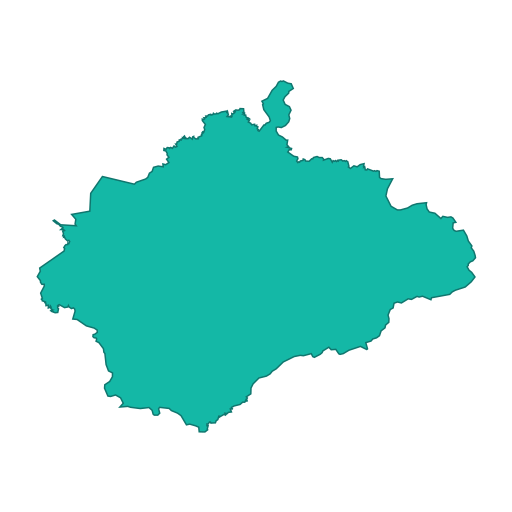 West Akim, Eastern, Ghana (Robinson projection), rotated 268°
{"feature_id": "2480657B57614018833162", "entity_name": "West Akim", "entity_type": "district", "adm_level": 2, "iso_a3": "GHA", "parent_name": "Ghana", "parent_adm1": "Eastern", "projection": "robinson", "projection_center": [-0.668, 5.908], "detail": "fine", "context": "isolated", "style": "filled", "palette": "teal", "viewbox_px": 512, "rotation_deg": 268, "n_neighbors": 0, "source": "geoboundaries", "source_scale": "gbopen_adm2", "svg_char_len": 6048}
<svg xmlns="http://www.w3.org/2000/svg" viewBox="0 0 512 512"><g transform="rotate(268 256 256)"><path d="M227.4,474.1L232.1,471.0L234.4,468.4L237.9,466.6L239.2,467.8L240.6,467.8L242.7,470.0L243.6,472.5L246.6,475.3L248.9,475.0L253.2,473.8L256.7,471.4L258.5,472.1L263.6,468.7L268.6,467.4L274.6,464.2L273.7,456.8L274.7,454.8L276.9,453.5L282.2,454.2L282.7,456.9L287.1,454.1L288.3,452.2L287.9,448.8L289.1,444.1L287.0,442.1L292.5,436.3L293.9,430.7L297.1,428.6L301.3,427.8L303.3,428.3L302.6,418.7L301.3,413.9L298.7,409.2L297.0,402.0L297.1,398.9L301.0,392.7L311.4,387.9L318.6,389.7L328.4,395.3L328.1,388.3L329.0,383.6L330.2,382.2L336.4,382.1L337.1,379.9L336.4,378.9L337.1,377.4L336.7,376.4L339.2,370.5L338.1,369.8L338.3,368.2L340.6,367.9L340.6,366.8L341.7,367.5L341.9,366.6L344.5,367.2L343.7,363.3L341.6,360.2L342.7,357.0L340.2,353.4L341.7,351.4L342.5,352.0L347.0,351.0L348.1,349.5L347.4,348.7L348.2,347.6L347.9,346.0L349.2,344.5L348.8,341.1L348.0,341.3L348.3,340.5L347.6,339.7L348.6,338.8L347.9,337.6L348.6,336.4L347.0,335.5L350.6,333.6L351.0,331.6L349.4,326.8L350.4,327.0L352.1,325.6L352.2,322.6L353.3,320.5L352.4,316.8L351.2,316.2L351.2,315.0L348.8,312.4L349.2,308.8L350.6,308.3L351.3,306.6L349.9,306.3L349.4,303.6L348.2,302.8L348.6,301.9L347.9,301.1L349.5,299.9L351.8,301.3L353.5,300.9L354.4,297.2L358.8,291.4L361.0,292.9L360.9,294.9L362.2,295.3L363.6,291.0L364.0,292.5L366.2,290.8L370.7,291.7L370.7,290.2L374.0,286.6L376.1,282.7L380.2,280.5L383.8,280.7L384.2,282.6L383.5,285.8L385.4,290.0L389.0,293.4L392.2,294.5L395.9,293.7L400.5,296.1L404.1,294.6L406.5,290.4L410.9,288.6L414.2,290.5L417.7,294.4L419.3,294.5L422.1,299.1L426.9,297.2L427.6,293.8L430.0,289.5L429.5,288.0L430.0,286.7L428.9,284.5L424.8,282.1L421.0,277.9L413.1,273.1L410.5,267.3L407.8,268.7L407.1,267.9L402.0,268.9L394.5,274.0L390.7,275.1L389.2,273.9L388.3,270.9L386.6,269.5L386.7,268.5L380.6,263.5L381.3,262.3L382.3,262.7L383.1,261.6L385.0,262.4L385.6,260.9L386.6,261.2L386.3,259.3L387.7,259.2L387.3,256.2L388.9,255.3L390.1,253.0L391.6,254.0L392.8,252.3L393.2,254.3L394.2,253.2L394.1,251.2L394.5,252.2L395.1,250.9L397.2,250.6L397.1,249.2L398.9,249.5L398.6,248.2L399.6,249.1L400.0,248.1L400.6,248.9L403.6,248.7L403.9,245.2L402.8,244.7L402.3,243.2L402.7,240.9L401.6,239.1L401.1,240.3L400.1,239.7L400.5,239.0L399.6,239.1L398.7,237.7L399.2,236.8L396.4,236.8L396.7,235.6L395.8,235.9L396.4,231.9L398.0,233.3L400.8,232.7L400.0,232.4L400.5,231.7L401.9,232.0L401.1,226.4L399.5,222.9L400.1,221.6L399.4,221.1L399.3,219.3L400.1,218.4L398.9,217.9L398.4,216.0L399.2,215.7L398.7,213.4L397.6,212.5L397.6,210.7L396.3,211.1L396.0,209.5L395.4,210.2L395.8,208.9L394.8,209.4L394.2,208.7L394.7,207.1L393.2,207.1L389.2,210.0L386.2,208.5L384.3,209.2L381.8,208.2L382.1,207.2L381.0,206.4L380.7,207.3L379.1,205.7L378.1,206.0L376.6,202.2L375.2,202.4L375.1,199.9L376.7,197.9L377.7,197.9L377.3,196.9L375.0,196.4L377.0,193.7L375.7,192.3L375.7,190.6L376.6,189.9L376.0,189.4L378.4,188.7L377.7,187.8L376.3,187.9L376.8,186.7L376.0,186.8L375.3,185.0L374.5,185.1L374.7,183.4L373.3,183.2L372.7,181.1L370.4,180.6L370.6,179.7L368.2,180.8L367.6,179.1L368.8,177.9L366.5,176.2L367.5,174.5L366.5,173.2L367.2,172.9L367.5,171.1L365.8,169.7L366.7,167.8L364.7,167.6L364.1,169.6L361.5,170.9L360.2,170.6L357.7,172.4L355.9,170.0L352.4,172.2L350.4,168.9L351.2,166.2L348.4,166.4L349.3,161.4L348.2,156.7L344.1,155.1L342.5,152.4L338.4,150.6L336.8,148.4L333.9,139.0L332.0,137.0L340.8,105.3L324.4,93.0L306.6,91.5L304.0,73.2L299.0,77.2L294.3,76.3L292.5,77.4L294.0,61.9L299.0,55.8L298.3,54.6L295.2,58.1L294.6,60.0L292.6,61.5L291.6,63.8L291.0,64.1L289.3,62.0L289.2,64.6L288.1,65.5L287.6,63.7L285.0,64.4L282.9,63.6L282.6,65.0L281.6,64.6L281.8,65.2L279.8,66.0L277.5,68.4L278.2,69.5L277.0,70.3L275.0,69.4L275.6,68.5L274.0,68.2L274.0,66.5L273.0,65.4L271.1,64.2L270.2,65.0L267.7,64.4L251.5,39.4L248.3,39.9L243.0,36.7L238.9,39.7L237.3,39.7L235.2,41.0L235.1,43.4L233.2,43.3L226.4,39.5L221.2,41.0L220.4,40.0L219.0,41.1L218.9,40.3L217.5,43.9L216.7,43.4L216.3,44.3L213.7,44.4L214.1,46.8L211.3,46.6L211.8,48.1L213.2,48.8L211.8,49.5L210.9,49.1L209.8,50.2L208.9,49.3L208.9,50.3L208.5,49.6L207.9,50.8L207.6,50.2L206.3,53.3L206.5,55.9L210.2,56.8L210.9,56.0L213.0,56.0L212.8,57.0L213.9,56.8L214.3,57.6L211.1,62.9L211.6,66.1L213.0,66.8L211.8,67.2L209.9,69.7L210.5,71.7L209.4,72.9L207.3,73.3L199.4,70.7L198.8,75.0L192.1,84.0L189.6,91.8L187.5,94.7L185.2,94.7L183.4,92.1L183.1,90.5L181.1,90.2L179.9,91.4L179.7,93.2L178.7,93.9L176.4,93.2L174.9,96.0L168.7,100.3L165.2,100.6L163.8,101.6L152.7,102.4L146.3,104.6L144.2,108.5L140.3,108.3L135.7,105.4L132.6,100.4L129.2,100.0L121.2,103.1L120.7,105.7L122.0,110.8L119.0,115.7L113.5,118.2L109.8,114.7L110.2,122.6L109.2,125.3L107.6,135.0L108.3,143.8L105.4,146.8L101.5,147.7L100.5,148.8L100.4,152.3L102.3,154.3L106.7,153.3L108.1,154.4L106.7,163.9L104.5,166.0L101.7,172.1L99.1,175.5L89.7,180.6L90.3,183.9L88.4,189.7L86.9,192.8L82.3,193.1L82.0,197.3L82.0,198.9L84.0,201.6L84.7,201.2L88.0,202.2L88.1,201.0L89.9,201.2L89.7,202.3L91.7,203.7L91.6,204.7L90.6,205.1L90.7,209.6L92.7,210.4L93.8,212.1L97.0,213.2L96.4,213.9L97.1,214.0L96.9,214.9L99.0,218.8L98.0,219.7L98.6,220.5L99.9,219.8L99.5,221.8L100.7,222.9L101.0,226.0L104.0,225.0L104.0,227.6L104.7,226.1L105.5,226.2L106.9,228.9L108.2,234.9L110.4,237.6L110.3,239.7L112.2,240.7L111.3,240.9L111.5,242.1L113.3,241.6L114.4,242.4L115.6,241.4L118.4,246.0L124.2,246.4L128.3,248.6L134.0,254.7L135.6,262.2L137.7,266.0L140.3,268.2L142.5,272.2L149.2,279.6L154.2,290.7L155.2,296.8L154.7,299.9L156.5,307.8L153.5,309.2L152.7,310.8L155.5,316.7L157.1,318.7L158.8,319.5L162.3,325.6L159.7,327.9L159.9,332.5L155.3,335.4L154.8,336.6L155.4,339.8L158.6,345.6L162.0,357.2L158.7,363.4L159.3,364.2L165.6,362.7L167.0,368.0L169.0,369.8L170.0,373.6L172.0,376.6L176.8,378.4L179.7,382.4L182.5,383.1L185.1,386.4L188.7,386.7L192.4,385.9L197.8,388.3L199.3,391.2L204.0,392.3L205.1,395.8L204.0,399.7L207.9,406.6L207.2,409.9L210.0,415.5L209.3,417.6L210.0,421.0L206.2,429.3L208.2,430.0L210.9,448.3L213.3,450.9L214.9,454.2L217.7,464.0L222.7,470.2L227.4,474.1Z" fill="#14b8a6" stroke="#0f766e" stroke-width="1.5"/></g></svg>